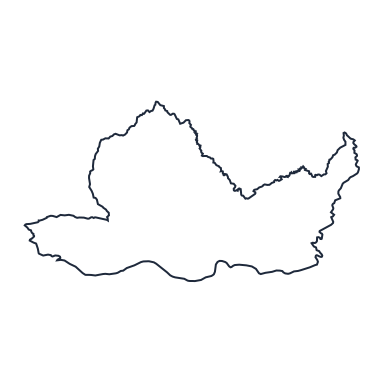 Honda, Tolima, Colombia (Robinson projection), rotated 92°
{"feature_id": "7082276B8188549982747", "entity_name": "Honda", "entity_type": "district", "adm_level": 2, "iso_a3": "COL", "parent_name": "Colombia", "parent_adm1": "Tolima", "projection": "robinson", "projection_center": [-74.812, 5.18], "detail": "fine", "context": "isolated", "style": "outline", "palette": "slate", "viewbox_px": 384, "rotation_deg": 92, "n_neighbors": 0, "source": "geoboundaries", "source_scale": "gbopen_adm2", "svg_char_len": 5992}
<svg xmlns="http://www.w3.org/2000/svg" viewBox="0 0 384 384"><g transform="rotate(92 192 192)"><path d="M203.2,50.2L200.6,51.3L199.7,51.2L198.8,50.6L198.2,49.5L195.3,48.6L193.1,43.6L191.9,43.7L188.6,45.7L186.3,45.7L185.2,45.2L183.1,43.4L178.5,41.7L177.5,40.8L174.6,36.3L172.4,34.9L171.6,34.0L170.5,31.7L167.6,27.5L166.4,26.8L163.4,26.0L161.6,26.1L160.6,28.4L159.1,29.2L158.5,29.2L155.0,27.5L154.5,27.9L153.9,29.6L151.7,29.9L150.2,28.4L149.4,28.4L148.4,28.9L147.2,31.1L144.8,31.0L143.2,32.3L142.2,32.0L141.9,30.2L141.0,29.2L140.2,29.5L138.6,31.6L137.4,32.5L136.4,32.4L134.8,31.1L133.8,32.5L133.1,35.4L129.8,39.2L128.2,40.0L127.6,40.8L127.2,41.6L127.8,42.6L130.3,42.2L132.5,42.6L134.6,41.8L136.4,40.4L139.6,40.3L142.5,45.4L145.1,47.9L147.5,48.6L149.8,50.8L150.3,52.2L152.4,52.9L154.4,54.6L154.9,55.8L155.8,55.7L156.7,56.4L158.2,56.1L159.3,57.4L162.0,57.1L166.4,58.9L168.6,58.2L169.7,59.3L169.8,60.8L171.6,63.3L170.2,65.2L170.1,66.6L170.9,67.8L170.5,68.9L170.8,69.5L172.6,69.5L172.7,71.4L172.3,72.3L169.9,73.4L169.9,74.3L169.6,74.3L169.9,75.0L169.4,75.6L167.2,75.7L166.1,79.7L165.0,79.2L164.6,80.5L163.3,81.0L162.5,81.8L163.8,82.5L163.5,83.7L164.9,83.9L164.9,84.9L166.3,85.0L165.9,86.1L167.2,85.8L167.1,86.9L167.9,87.2L167.6,88.3L168.5,88.4L168.1,89.3L168.2,90.9L168.6,90.9L169.2,89.9L169.6,90.1L169.8,92.7L168.9,93.4L169.8,93.9L169.6,94.6L172.0,95.2L172.5,95.5L172.7,96.4L173.7,96.7L173.5,97.4L172.6,97.9L172.8,98.5L173.5,98.9L173.8,99.9L173.3,102.3L173.2,104.2L173.8,104.6L173.7,103.6L175.3,103.4L176.2,102.8L177.7,105.0L177.8,105.7L176.9,107.0L177.5,108.1L177.1,109.3L178.2,110.3L179.3,110.3L180.1,112.5L182.1,114.8L182.3,117.0L181.9,119.6L182.6,120.9L183.6,121.6L184.2,122.5L185.1,125.0L186.9,126.9L187.6,129.7L188.1,130.2L189.0,130.6L190.1,128.7L191.1,128.6L191.7,128.9L196.5,135.3L196.7,136.0L196.4,137.5L196.8,138.4L193.9,140.7L193.8,142.0L193.0,142.7L187.6,143.4L187.7,144.4L187.0,144.4L186.8,145.0L187.7,146.2L189.1,146.4L188.6,147.4L189.2,148.4L189.3,149.6L188.9,150.2L187.3,150.4L185.6,149.1L184.3,148.8L182.3,150.6L182.0,153.4L178.7,154.7L176.9,156.5L175.5,156.7L173.2,158.0L172.8,159.9L173.1,160.4L174.0,160.1L174.2,160.6L173.9,161.1L172.7,161.3L172.4,161.8L170.4,161.9L170.1,162.9L170.3,163.9L169.6,163.6L167.0,164.0L166.2,165.5L165.4,165.9L164.3,168.6L162.1,170.3L161.8,171.7L160.4,171.5L158.2,171.9L157.8,172.6L157.9,174.2L156.9,175.2L156.4,177.2L155.5,178.5L155.7,182.6L155.3,183.4L153.3,182.5L152.5,183.7L151.5,184.3L150.5,184.1L148.2,185.9L147.4,185.3L146.1,185.9L145.9,185.2L145.3,185.1L144.9,186.4L143.9,187.3L143.7,188.5L142.8,188.4L142.2,188.9L140.5,188.6L140.3,189.6L139.7,189.9L138.7,188.9L138.0,189.4L136.7,188.9L135.3,188.9L134.9,189.6L133.9,189.1L133.8,189.9L133.2,189.8L133.1,190.7L131.5,190.4L131.7,191.6L130.6,191.5L130.2,192.5L129.1,192.9L128.9,194.0L127.9,194.5L127.2,195.7L126.5,196.0L125.0,195.4L123.2,197.1L122.0,196.9L120.7,197.2L120.2,198.2L120.5,200.6L123.0,202.9L124.2,206.2L119.9,208.2L119.5,209.7L114.9,212.1L114.4,212.8L114.4,213.9L115.7,215.8L115.6,216.6L113.2,219.3L112.0,219.6L111.4,221.5L110.1,222.0L109.1,223.0L107.1,223.1L106.3,226.7L103.2,229.4L103.0,231.0L103.9,231.5L106.1,231.7L106.6,232.4L110.3,233.4L112.1,234.3L112.4,235.6L113.6,237.3L112.0,238.9L112.2,240.4L115.5,242.6L115.6,243.0L115.2,243.7L116.9,244.8L116.8,246.3L118.1,247.1L119.2,249.4L124.4,249.8L126.1,251.1L127.4,251.6L128.0,252.1L128.3,254.8L129.9,256.7L131.6,257.3L132.6,258.7L134.8,259.0L137.0,261.0L138.0,262.9L137.6,264.0L137.9,266.3L136.5,270.4L137.2,272.1L138.8,273.5L139.5,275.6L141.4,277.2L141.4,280.5L142.7,282.7L143.0,284.5L146.0,285.8L149.8,286.3L152.1,287.6L154.2,287.3L157.5,289.6L159.7,290.2L162.3,290.3L163.5,291.5L169.9,291.9L172.8,291.4L173.6,292.1L174.3,293.6L175.1,294.5L176.8,294.4L179.3,295.4L181.6,295.4L187.7,294.2L190.6,294.9L194.3,292.4L197.3,291.0L201.0,290.1L201.3,288.2L202.9,286.8L207.4,285.6L209.9,280.8L210.8,280.1L212.6,277.3L213.9,276.5L215.6,274.5L218.2,274.2L220.0,276.0L220.9,275.4L223.4,275.1L222.8,276.1L220.8,287.0L220.7,288.1L221.4,289.3L220.7,290.7L220.8,291.9L222.2,294.1L222.3,295.3L221.4,299.1L221.4,303.6L221.8,305.9L221.1,307.9L219.9,309.6L219.1,314.2L219.8,318.4L219.5,322.6L221.8,326.4L220.8,330.2L220.7,332.3L221.1,333.5L222.2,336.2L222.9,336.3L225.0,340.4L225.9,343.3L225.8,344.2L226.9,344.3L227.6,345.0L229.5,352.5L229.9,356.4L230.4,357.4L231.2,358.0L233.3,355.3L235.2,353.9L236.0,351.5L237.1,351.3L238.5,350.4L239.4,349.0L240.4,349.1L241.3,348.3L242.0,348.3L244.1,350.4L245.3,352.3L246.2,352.5L248.1,348.6L248.9,346.1L249.4,345.8L254.0,344.1L258.5,343.1L259.0,342.7L260.7,338.5L259.6,333.7L260.0,330.9L261.0,330.1L261.3,329.0L260.2,326.5L260.4,323.3L261.2,321.7L262.4,321.3L263.1,321.8L264.3,324.0L265.0,324.4L264.4,320.6L264.9,317.0L268.1,311.7L270.7,305.7L276.8,298.5L278.5,295.7L278.4,290.3L278.8,285.7L277.1,278.1L276.8,275.7L277.1,271.8L275.9,265.1L275.3,263.4L273.4,260.4L273.0,258.0L270.3,254.6L267.3,247.0L263.8,240.5L263.1,238.2L262.7,232.7L263.6,227.7L264.9,225.3L273.1,214.2L276.0,210.9L277.2,208.5L277.9,205.9L279.0,196.7L280.7,193.3L281.0,191.7L280.9,185.9L279.6,179.9L276.8,175.3L275.3,169.8L274.5,168.5L273.5,167.3L270.9,166.3L263.6,165.6L261.0,164.0L259.9,162.1L259.9,159.6L260.8,156.4L261.7,154.9L265.0,152.3L265.9,150.9L265.6,149.9L264.3,148.3L263.5,146.7L263.0,142.3L263.4,135.1L264.3,129.6L266.6,125.4L270.9,122.2L271.6,120.4L270.2,115.8L269.0,109.2L267.5,104.9L267.5,101.4L267.9,98.9L269.1,97.9L270.1,96.0L270.4,93.1L269.9,91.3L267.8,87.3L267.2,83.3L266.3,80.4L263.2,71.7L260.8,66.5L260.2,64.6L257.4,63.7L255.6,64.4L252.9,66.3L251.4,66.0L250.9,65.5L250.9,64.7L252.0,62.3L252.4,60.7L252.0,59.8L251.0,59.6L249.8,60.2L248.0,62.0L246.7,62.8L245.8,65.4L243.1,66.1L242.2,68.3L239.0,70.7L238.5,69.7L238.7,67.4L237.9,66.1L236.6,65.4L233.0,65.4L232.7,64.1L233.3,62.6L234.5,62.0L234.5,61.2L234.2,60.7L230.0,60.2L229.1,60.7L228.8,61.6L227.4,63.2L226.5,63.0L219.9,51.8L218.1,50.0L216.9,49.8L212.3,52.0L211.5,50.4L209.8,49.2L207.4,52.4L204.4,50.4L203.2,50.2Z" fill="none" stroke="#1e293b" stroke-width="2"/></g></svg>